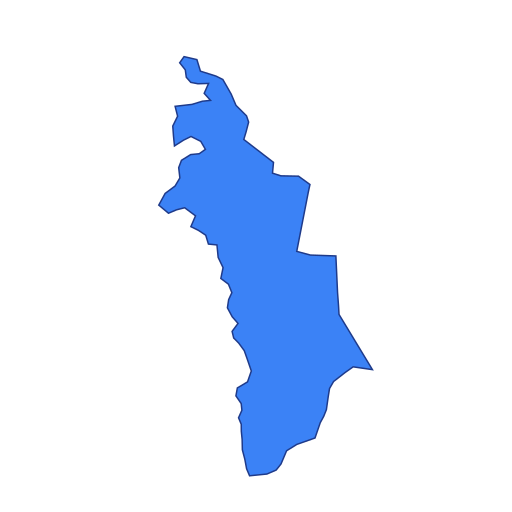 the district of Nova Santa Bárbara, Paraná, Brazil, rotated 73°
{"feature_id": "56859067B73419127296290", "entity_name": "Nova Santa Bárbara", "entity_type": "district", "adm_level": 2, "iso_a3": "BRA", "parent_name": "Brazil", "parent_adm1": "Paraná", "projection": "robinson", "projection_center": [-50.754, -23.594], "detail": "fine", "context": "isolated", "style": "filled", "palette": "blue", "viewbox_px": 512, "rotation_deg": 73, "n_neighbors": 0, "source": "geoboundaries", "source_scale": "gbopen_adm2", "svg_char_len": 1400}
<svg xmlns="http://www.w3.org/2000/svg" viewBox="0 0 512 512"><g transform="rotate(73 256 256)"><path d="M464.3,326.4L467.7,309.3L466.6,299.3L462.2,292.9L451.2,283.7L448.1,272.0L447.3,252.8L434.2,243.3L429.1,238.1L423.5,233.6L411.5,228.0L404.2,224.4L398.7,218.5L393.5,204.9L390.4,195.5L393.9,188.1L398.7,177.9L336.2,193.7L327.6,191.6L314.8,188.7L279.3,179.6L271.0,203.7L263.5,215.7L210.2,187.3L203.4,183.5L192.1,192.0L186.6,208.8L181.6,216.0L171.6,211.9L141.0,233.6L134.4,229.2L125.8,223.9L119.2,224.1L106.1,231.1L93.9,232.4L77.5,236.1L72.3,241.6L63.0,255.1L50.9,255.1L44.3,266.5L48.9,272.5L57.3,269.2L64.7,270.4L70.9,267.6L74.3,261.2L77.1,250.9L85.3,258.0L93.9,254.0L92.3,262.0L92.3,272.9L89.2,289.6L99.4,290.1L107.4,297.6L117.0,299.8L126.9,301.8L124.0,291.3L122.7,283.2L130.2,275.3L139.2,273.2L141.6,280.4L139.9,288.8L142.7,299.3L148.9,304.1L159.1,306.0L165.4,312.9L169.6,324.6L178.9,334.1L189.5,327.2L188.6,318.5L189.0,310.1L199.9,302.1L208.9,309.7L214.5,303.7L221.4,298.0L230.7,298.0L234.0,290.1L246.3,292.6L257.5,290.9L267.2,296.2L274.9,290.6L284.0,289.8L289.7,294.9L297.2,298.5L307.2,296.5L315.2,292.9L321.1,300.9L327.9,301.3L334.2,298.0L343.1,294.9L352.2,294.5L364.6,294.1L373.9,300.9L376.7,312.4L383.9,316.1L392.8,313.3L399.4,314.6L405.6,320.0L412.6,319.3L419.4,321.3L427.4,322.9L437.3,325.7L447.0,326.1L456.7,327.2L464.3,326.4Z" fill="#3b82f6" stroke="#1e3a8a" stroke-width="1.5"/></g></svg>